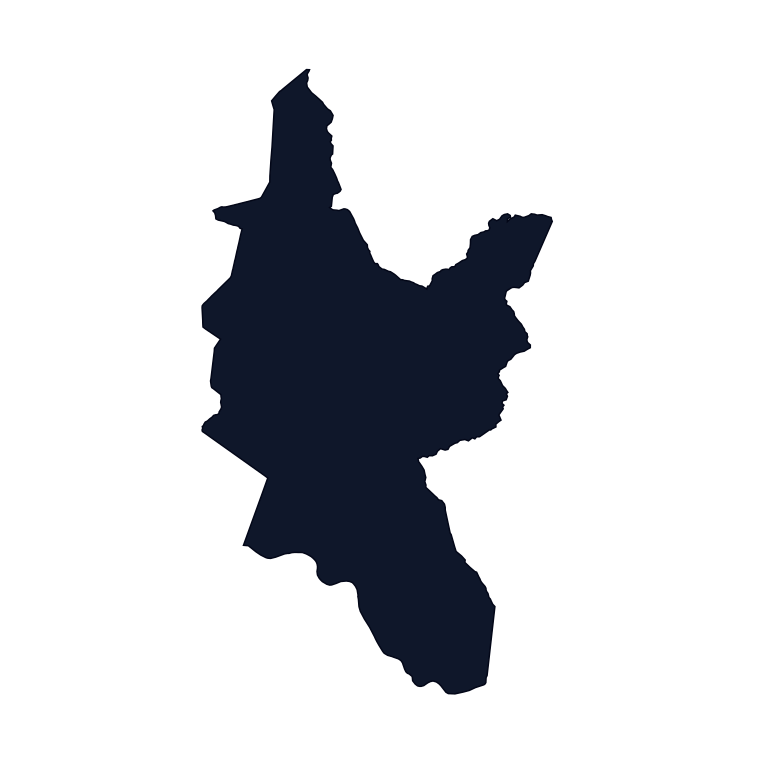 outline of Caxias, Maranhão, Brazil, rotated 124°
{"feature_id": "56859067B41786417257262", "entity_name": "Caxias", "entity_type": "district", "adm_level": 2, "iso_a3": "BRA", "parent_name": "Brazil", "parent_adm1": "Maranhão", "projection": "natural_earth1", "projection_center": [-43.396, -4.846], "detail": "fine", "context": "isolated", "style": "filled", "palette": "ink", "viewbox_px": 768, "rotation_deg": 124, "n_neighbors": 0, "source": "geoboundaries", "source_scale": "gbopen_adm2", "svg_char_len": 6171}
<svg xmlns="http://www.w3.org/2000/svg" viewBox="0 0 768 768"><g transform="rotate(124 384 384)"><path d="M272.1,283.0L269.8,284.5L269.3,288.0L268.5,289.3L267.1,290.5L264.5,291.2L263.6,292.4L262.3,293.4L261.8,296.5L260.1,298.2L259.0,301.0L257.6,303.6L256.8,307.2L256.4,308.7L255.4,311.7L254.5,314.0L252.9,315.3L251.4,317.0L250.9,319.4L249.5,322.9L250.0,326.4L249.0,327.5L246.7,328.4L246.5,330.5L245.5,332.0L242.9,332.9L239.6,334.2L238.3,334.4L233.7,332.5L232.3,331.7L231.1,330.2L230.0,328.2L228.8,325.8L224.4,324.3L221.3,324.2L218.1,321.9L212.0,323.7L210.0,324.6L208.2,326.0L202.6,326.3L200.7,327.4L197.9,327.5L155.1,335.4L154.0,337.1L152.5,338.6L153.7,342.1L154.1,344.0L155.2,347.6L158.4,351.6L159.0,354.0L160.6,357.1L163.3,358.0L167.6,361.1L168.6,362.9L168.8,364.9L170.6,369.6L172.7,369.5L176.9,371.7L180.4,372.5L178.0,374.0L176.6,373.4L175.0,372.4L173.7,373.6L173.8,376.7L176.3,379.1L178.6,380.2L182.8,380.3L185.6,381.9L186.1,386.2L190.2,387.6L192.2,387.2L193.8,385.8L195.3,383.6L197.6,383.0L198.9,383.8L200.3,385.5L202.0,386.2L204.3,388.4L207.6,389.6L210.1,392.0L212.3,393.4L215.9,393.0L219.5,390.7L222.9,388.9L226.1,389.0L227.8,388.2L230.0,388.2L232.2,385.7L233.6,385.5L235.5,386.2L237.9,388.1L242.3,389.9L244.8,391.2L247.2,391.0L249.0,393.4L250.7,394.1L252.5,393.9L254.2,397.0L256.3,399.2L257.7,400.1L259.3,400.2L261.8,402.1L264.3,402.9L266.8,403.9L269.6,403.0L271.5,401.7L277.3,401.1L278.4,402.4L279.8,402.2L281.4,401.6L281.4,403.9L281.6,407.3L282.7,409.5L283.1,412.4L283.6,414.5L283.5,416.1L284.1,418.3L284.5,420.6L285.3,422.1L286.8,425.2L287.1,426.8L288.2,428.6L287.3,435.3L287.2,437.1L287.3,441.4L288.1,443.4L288.8,447.8L289.8,449.9L289.5,454.0L288.5,455.3L287.9,456.8L289.3,459.0L288.5,460.9L286.6,464.0L284.6,467.0L283.3,469.2L281.9,469.9L281.4,471.9L280.1,474.0L277.9,475.7L276.4,481.5L272.3,488.8L269.4,493.0L266.7,497.9L265.4,499.5L264.0,501.6L260.2,509.0L259.9,511.8L260.5,513.9L261.2,515.2L265.4,518.3L266.3,520.3L268.1,523.5L268.3,525.2L268.1,527.8L266.1,527.0L258.1,531.3L255.2,532.0L252.9,530.4L252.0,529.4L250.0,528.6L248.6,528.2L246.7,528.4L242.5,534.4L241.6,536.1L239.8,538.4L237.3,542.4L234.9,546.6L234.1,549.3L230.3,551.0L228.4,553.8L226.8,555.1L223.6,555.7L222.1,555.2L215.1,559.4L214.3,562.6L213.1,564.1L211.4,563.9L209.8,565.1L207.6,565.9L206.9,570.5L206.3,572.3L204.5,574.5L201.8,575.7L199.6,575.0L196.5,574.2L193.0,575.1L189.8,576.4L187.5,581.2L187.5,584.8L185.9,590.5L184.8,592.5L183.5,601.6L183.0,606.9L180.7,613.7L177.7,616.5L175.0,617.0L172.7,618.1L170.6,620.7L168.6,621.1L166.7,621.1L165.1,621.5L166.7,624.1L171.2,625.4L196.4,632.9L198.1,633.3L199.9,634.1L205.5,634.8L212.1,635.5L215.4,631.6L217.9,628.5L248.4,610.4L250.6,609.1L261.3,603.1L275.2,595.0L280.4,591.6L297.4,590.1L299.0,590.4L300.6,591.6L311.2,601.0L324.3,612.8L325.8,614.3L327.1,616.0L327.8,617.5L328.8,618.4L331.5,619.8L334.8,622.2L336.1,622.6L336.7,620.1L338.5,617.9L341.1,615.7L340.8,613.1L339.3,609.3L338.5,607.2L338.3,605.6L338.1,602.8L337.2,600.4L336.6,597.9L335.6,595.9L334.8,593.8L334.8,591.9L335.4,590.5L334.9,588.2L336.3,587.8L340.7,586.2L346.4,583.9L347.9,583.3L352.2,581.7L353.8,581.0L355.6,580.4L363.6,577.2L365.5,576.6L367.1,575.9L371.5,574.2L372.9,573.6L374.5,573.1L378.5,571.5L379.8,571.0L381.9,570.8L385.5,571.5L387.3,571.9L391.7,572.8L398.5,574.2L400.6,574.5L402.5,575.0L407.4,576.1L409.4,576.4L411.9,576.9L413.9,577.2L417.7,578.2L419.2,578.4L420.9,578.4L422.6,577.4L432.7,569.8L434.7,568.4L438.0,565.9L438.2,562.5L438.2,544.6L449.1,544.6L451.8,543.0L476.0,530.6L478.5,529.5L482.4,526.0L483.3,524.7L483.3,522.7L484.0,513.3L485.6,512.0L487.1,510.6L489.3,509.8L490.6,509.1L492.2,507.4L494.0,505.7L496.1,505.2L499.2,505.1L501.1,504.3L502.7,505.2L503.8,506.5L505.3,507.7L507.6,508.0L510.4,509.0L513.4,509.7L515.5,510.9L518.0,510.8L519.4,510.4L520.8,510.9L522.1,509.6L523.9,509.1L524.9,508.0L524.9,505.7L526.7,431.9L526.9,427.8L543.7,423.5L596.3,410.3L593.9,406.0L594.1,403.9L594.7,396.4L594.7,390.5L594.0,385.0L593.6,383.5L592.9,382.1L592.0,380.5L588.1,377.0L580.4,371.4L578.5,369.4L577.5,368.0L575.4,366.2L573.6,364.0L569.3,357.4L568.3,353.4L568.0,350.7L567.8,347.8L568.1,345.2L568.6,342.8L569.2,341.0L570.4,339.1L572.2,337.3L574.0,336.1L576.9,334.7L579.6,332.3L581.2,329.2L581.8,327.2L582.3,324.6L582.0,319.5L581.1,316.6L579.8,315.0L576.0,312.1L571.9,309.4L568.4,305.1L566.9,302.1L566.3,299.2L566.8,297.1L567.7,294.4L569.5,291.3L573.5,287.5L574.8,286.8L576.6,285.0L582.6,280.2L585.7,276.5L589.8,268.8L593.7,259.9L598.8,250.5L600.0,248.6L601.6,245.7L603.4,242.1L606.4,235.5L607.1,233.3L606.9,229.3L605.8,226.0L603.8,218.4L603.8,215.3L604.8,212.8L608.8,207.5L610.3,205.0L610.7,202.9L610.3,200.9L610.7,197.2L611.7,196.2L614.0,194.3L615.3,190.4L615.5,187.4L614.8,185.5L613.9,184.2L611.8,182.4L607.2,180.6L604.8,179.2L602.8,177.3L601.7,173.9L601.8,170.7L602.3,168.2L604.9,160.3L604.7,157.6L601.2,151.9L595.0,146.0L590.3,141.9L584.6,138.5L577.5,133.0L576.1,132.5L574.6,132.6L570.3,135.2L568.1,135.5L506.5,167.6L505.8,170.7L503.8,174.1L502.8,175.6L502.3,177.6L499.5,180.7L498.7,182.7L497.8,184.1L496.3,185.3L495.3,187.1L494.2,191.2L493.4,193.4L491.9,195.6L491.0,197.4L488.2,202.0L488.7,203.7L487.9,210.5L486.7,217.2L484.5,218.3L483.2,223.6L482.5,230.6L479.4,234.5L471.3,244.1L470.5,245.9L454.4,262.6L452.0,264.3L449.8,266.7L448.4,270.9L449.5,274.1L448.6,276.7L448.3,279.5L447.9,281.7L446.3,291.6L444.3,292.7L442.1,295.6L438.1,297.1L436.2,299.3L432.9,302.7L431.0,306.7L429.0,311.9L426.7,314.2L425.0,312.5L422.6,311.7L421.5,310.0L420.5,307.1L418.2,306.5L416.4,303.7L413.1,301.6L409.8,302.1L406.0,301.0L404.6,296.4L402.4,294.4L399.1,294.8L393.5,292.1L391.6,290.4L388.3,289.6L384.8,285.9L383.9,282.2L379.2,280.7L378.7,278.0L376.0,277.7L374.3,275.3L363.2,271.0L362.4,269.8L361.0,269.5L357.0,267.2L354.8,268.8L351.1,267.8L348.5,266.8L345.4,271.5L337.9,271.3L336.8,272.8L334.5,272.7L334.1,275.4L331.7,276.2L328.8,273.9L325.1,274.8L323.7,277.1L321.7,276.6L320.8,278.9L319.8,280.9L319.0,284.9L316.3,289.3L315.6,292.2L314.2,293.1L312.4,293.4L311.8,295.5L309.4,295.2L307.9,296.0L303.3,294.0L301.4,293.0L297.0,294.2L295.3,294.2L292.6,292.7L286.7,292.2L284.5,291.3L281.4,289.0L278.4,286.1L274.9,284.5L272.1,283.0Z" fill="#0f172a" stroke="#020617" stroke-width="1.5"/></g></svg>